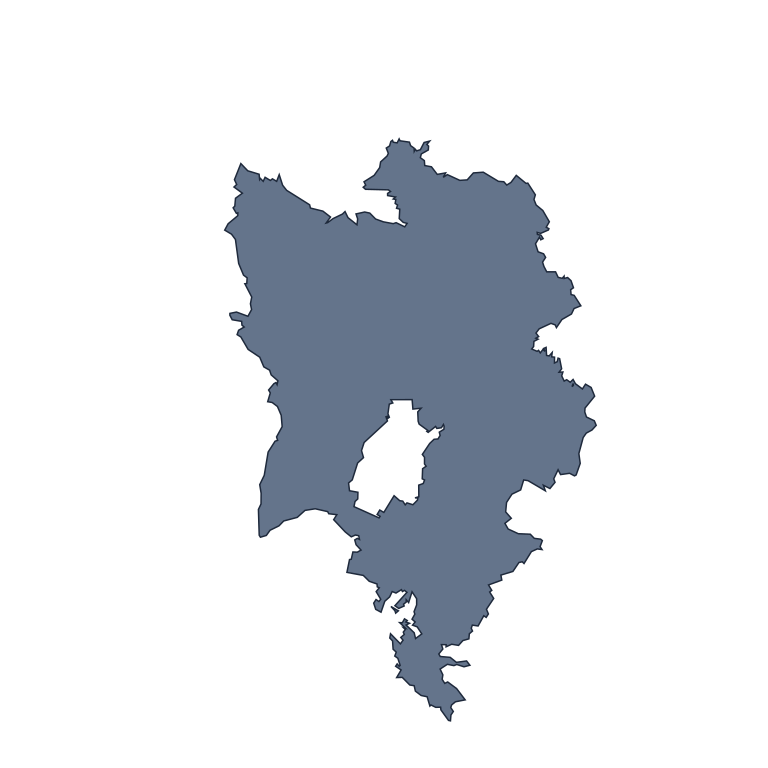 Semarang, Jawa Tengah, Indonesia, rotated 33°
{"feature_id": "22746128B46914217687538", "entity_name": "Semarang", "entity_type": "district", "adm_level": 2, "iso_a3": "IDN", "parent_name": "Indonesia", "parent_adm1": "Jawa Tengah", "projection": "albers", "projection_center": [110.496, -7.288], "detail": "fine", "context": "isolated", "style": "filled", "palette": "slate", "viewbox_px": 768, "rotation_deg": 33, "n_neighbors": 0, "source": "geoboundaries", "source_scale": "gbopen_adm2", "svg_char_len": 6173}
<svg xmlns="http://www.w3.org/2000/svg" viewBox="0 0 768 768"><g transform="rotate(33 384 384)"><path d="M584.5,303.1L580.4,300.3L571.8,301.4L567.6,298.1L565.7,294.7L567.3,279.5L559.6,274.1L553.1,274.4L553.1,280.1L544.4,279.5L540.1,277.2L539.2,281.1L534.9,280.9L533.5,283.4L528.6,280.4L527.5,276.5L524.4,278.8L524.7,274.5L517.5,267.1L515.9,267.5L517.1,271.0L515.5,273.5L512.4,268.6L509.8,269.9L507.9,266.0L507.2,270.5L504.8,271.5L500.0,265.0L498.5,267.3L501.3,268.9L498.5,268.6L498.1,272.8L495.3,271.6L494.6,273.2L488.8,274.2L489.1,271.1L486.5,266.6L488.8,262.5L486.4,262.9L487.9,260.0L483.7,258.5L484.1,253.2L491.0,242.2L495.4,241.2L497.9,242.8L498.1,233.0L503.1,223.2L502.3,217.2L506.5,211.2L495.2,206.1L492.2,207.1L489.2,203.3L490.5,200.1L484.6,195.5L480.0,194.7L477.6,197.4L476.3,195.5L475.9,198.3L472.0,199.7L466.8,196.5L459.4,201.3L454.1,198.3L450.6,195.4L450.6,189.8L446.9,187.9L441.2,189.2L434.7,183.9L434.4,176.2L436.9,177.7L438.3,175.4L434.6,173.7L431.2,175.0L429.9,173.4L433.3,172.4L438.0,165.3L437.7,163.9L434.7,164.2L434.3,157.9L422.7,152.0L414.1,151.0L409.3,147.6L407.9,142.9L395.2,137.2L393.8,138.4L381.3,137.0L380.7,145.8L378.6,150.3L374.3,149.1L369.6,151.7L351.9,152.3L344.0,158.3L342.6,167.5L336.7,171.9L323.1,173.9L321.1,178.4L320.7,173.4L314.5,179.2L305.5,176.0L299.2,178.6L296.2,174.7L291.2,174.4L290.0,170.7L293.7,163.6L291.8,160.2L289.5,159.8L290.0,155.4L286.1,159.6L286.9,167.7L284.4,170.7L282.4,170.1L282.6,172.3L280.8,169.8L276.5,169.6L273.6,167.3L265.0,171.3L263.2,170.2L263.7,174.6L260.1,176.2L258.4,175.0L257.7,176.9L259.0,181.3L257.4,184.9L262.0,188.2L262.4,191.1L260.2,199.6L262.5,204.8L262.1,214.4L257.1,225.3L260.4,227.2L259.4,230.3L262.4,230.8L281.9,218.8L284.6,219.0L283.2,222.2L284.4,224.0L291.8,220.9L291.0,223.8L293.4,222.8L295.0,226.5L297.9,226.5L298.8,229.8L302.0,228.8L306.7,237.0L312.1,238.0L315.9,236.7L315.8,240.9L306.3,242.1L304.4,244.5L295.0,248.4L287.1,250.2L279.0,248.4L274.1,250.3L267.9,256.6L272.0,259.9L274.6,265.2L263.2,264.1L257.4,260.6L256.6,264.1L251.2,273.0L248.9,279.3L247.8,280.5L248.2,273.1L238.6,272.3L226.5,276.5L224.0,274.2L196.9,274.6L190.7,272.5L182.1,265.5L183.6,272.5L178.7,272.7L177.8,275.2L171.7,275.4L172.3,279.8L168.3,278.9L168.3,280.2L165.0,276.1L153.6,279.4L143.9,277.1L147.3,294.1L151.8,296.9L150.9,300.5L161.3,301.1L158.3,309.1L162.0,316.1L161.5,318.4L167.3,321.3L168.2,320.1L169.7,322.5L166.0,334.5L166.6,341.7L174.5,341.4L180.7,343.7L196.5,362.1L206.9,369.2L211.4,369.5L214.2,374.5L212.7,375.7L225.7,383.1L228.3,389.5L232.4,393.7L233.0,401.3L221.1,404.0L216.3,408.7L217.3,410.3L221.7,412.8L230.5,409.0L232.8,412.0L235.7,412.4L232.8,418.1L233.9,422.6L238.3,422.5L251.2,429.0L265.2,429.2L273.9,435.1L280.5,434.7L284.4,437.8L293.3,439.1L294.7,442.8L292.6,441.6L291.5,443.7L290.5,451.9L293.5,453.4L296.1,462.2L300.3,460.4L306.9,460.9L314.8,466.2L321.8,475.2L322.7,486.9L325.5,489.2L323.8,491.3L323.9,504.2L333.3,525.8L334.6,536.1L340.5,542.6L346.2,551.6L347.0,557.6L361.7,578.8L363.8,579.8L367.8,575.1L368.1,568.7L373.2,560.1L374.5,553.5L383.9,543.1L386.6,533.0L394.3,526.1L406.3,521.7L408.3,522.9L415.6,519.3L415.7,525.2L432.1,529.2L439.8,530.0L442.3,526.2L445.4,525.0L448.1,527.7L445.7,528.0L444.4,530.7L448.1,534.0L455.2,535.8L453.2,539.6L449.4,541.8L452.0,548.8L450.7,550.0L455.5,562.2L470.9,555.8L479.1,557.5L487.1,555.5L488.8,557.8L491.0,557.5L490.5,562.4L498.5,566.3L498.2,569.2L494.7,569.1L494.7,573.4L499.8,577.5L505.8,577.0L503.0,565.8L504.7,559.5L503.9,553.6L507.9,552.8L510.6,547.0L512.5,548.0L513.6,545.9L516.7,546.2L513.9,564.0L518.6,564.2L521.8,559.2L520.3,558.0L521.4,554.9L520.1,552.8L523.7,553.9L520.7,543.0L528.3,546.3L531.7,551.5L533.2,558.6L535.2,560.2L535.6,566.0L539.7,566.6L539.3,570.7L544.1,569.6L551.8,573.0L549.1,580.3L544.8,576.2L533.8,574.1L535.7,570.8L531.9,571.7L532.3,569.7L529.1,569.8L529.4,574.2L527.1,575.6L535.1,577.1L533.1,577.8L535.6,578.3L535.3,581.6L537.4,583.0L536.1,587.4L539.5,588.5L539.3,593.0L525.5,589.9L527.2,593.9L531.1,594.8L536.1,601.5L540.3,602.2L541.2,606.3L545.0,606.5L550.8,611.2L550.5,612.4L547.5,611.6L547.5,614.4L554.1,614.5L554.5,623.3L559.1,620.1L569.6,622.4L573.6,620.6L577.6,624.5L584.8,625.0L590.5,622.8L597.9,629.1L598.2,627.6L603.5,627.0L607.5,624.2L609.2,626.3L621.3,631.0L623.2,630.3L620.4,625.1L620.5,620.9L616.2,619.0L615.5,616.3L617.0,611.6L624.1,604.7L610.8,599.9L599.7,599.2L598.0,602.0L593.6,600.0L591.8,595.9L586.3,592.5L589.8,584.6L596.0,582.1L597.8,579.6L605.1,577.6L609.2,573.1L604.1,571.3L596.3,578.0L588.4,577.2L579.6,581.9L577.0,580.6L577.7,574.2L574.1,571.3L578.1,568.8L579.2,570.6L582.5,565.4L588.9,562.6L589.9,556.2L594.0,551.5L591.6,547.0L592.8,543.0L590.2,541.3L589.4,538.1L594.7,535.7L593.9,524.0L596.8,524.1L596.8,520.0L592.6,517.1L592.8,504.1L585.9,500.9L586.8,498.4L581.1,495.6L589.6,484.3L586.1,480.6L594.2,471.0L594.4,460.2L596.8,457.8L599.2,458.3L598.9,444.3L602.4,438.8L606.7,436.8L603.5,435.4L602.1,429.1L599.9,428.8L594.1,431.6L588.5,430.3L578.2,436.4L567.1,438.0L561.3,435.0L563.9,427.3L555.7,425.0L551.3,416.6L551.3,406.7L556.3,398.4L553.4,388.4L557.5,386.6L577.5,385.7L572.8,382.1L580.1,381.3L581.0,373.3L578.0,371.1L576.7,361.1L581.4,363.8L588.3,357.8L593.8,357.3L594.7,355.7L591.8,343.7L585.3,336.2L580.2,320.4L580.4,315.0L583.5,309.3L584.5,303.1ZM403.5,406.8L399.4,398.0L401.7,395.1L398.3,393.4L416.1,381.8L421.9,389.3L428.3,384.1L427.5,389.0L432.9,396.6L435.3,398.5L446.1,399.1L445.7,400.4L447.4,400.5L450.4,391.5L452.5,392.5L456.0,389.4L455.9,385.6L457.5,386.8L458.9,389.3L456.6,394.3L459.1,396.6L459.2,400.7L456.1,403.1L454.7,409.0L454.5,422.2L457.9,423.4L461.5,429.0L464.1,430.0L462.5,434.0L467.7,442.7L470.3,442.4L471.1,446.1L468.2,449.9L474.6,459.6L472.0,462.6L474.5,461.2L475.3,463.2L474.0,469.5L468.0,471.2L467.6,473.8L463.5,472.0L460.8,473.3L453.3,472.2L453.8,491.8L449.1,492.0L449.3,497.2L452.8,497.1L452.8,499.0L425.6,503.2L423.7,498.3L424.6,494.7L421.1,489.0L413.2,492.3L408.2,486.3L409.6,481.7L404.9,464.6L406.9,456.9L401.4,452.1L399.2,443.9L407.0,413.1L403.5,410.4L404.5,409.1L405.9,410.8L406.6,409.0L403.5,406.8ZM543.6,282.1L543.1,283.8L542.4,280.5L543.6,282.1ZM518.6,569.8L519.6,566.4L511.0,566.8L516.6,568.2L518.6,569.8Z" fill="#64748b" stroke="#1e293b" stroke-width="1.5"/></g></svg>